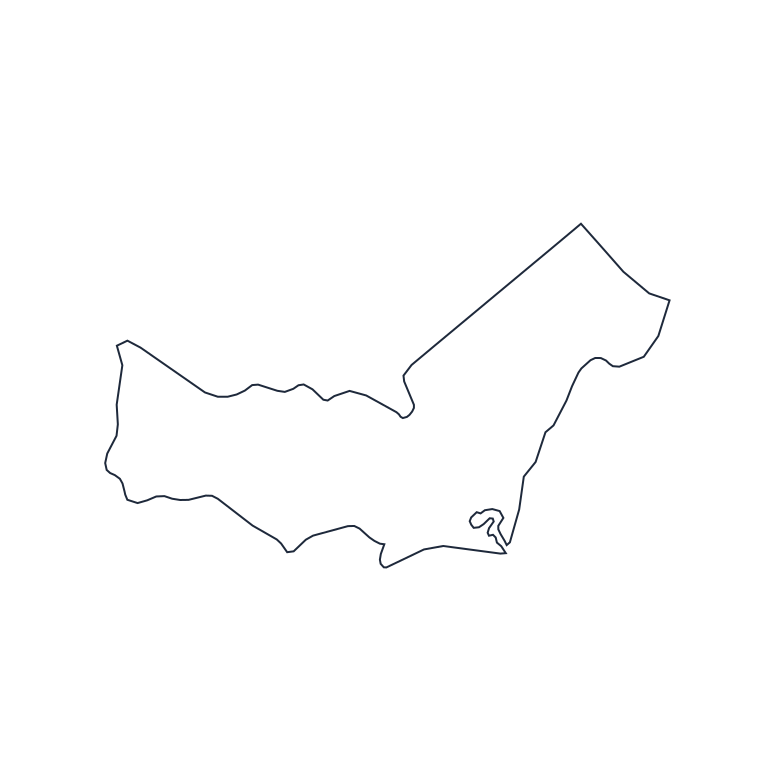 map outline of Cabinda (Mercator projection), rotated 228°
{"feature_id": "AGO-1885", "entity_name": "Cabinda", "entity_type": "Province", "adm_level": 1, "iso_a3": "AGO", "parent_name": "Angola", "parent_adm1": "", "projection": "mercator", "projection_center": [12.416, -5.077], "detail": "fine", "context": "isolated", "style": "outline", "palette": "slate", "viewbox_px": 768, "rotation_deg": 228, "n_neighbors": 0, "source": "natural_earth", "source_scale": "10m", "svg_char_len": 1810}
<svg xmlns="http://www.w3.org/2000/svg" viewBox="0 0 768 768"><g transform="rotate(228 384 384)"><path d="M477.8,119.3L485.0,123.1L490.3,124.3L496.4,123.0L501.1,120.9L505.7,120.4L511.8,123.9L517.5,131.8L524.5,150.6L532.1,159.2L547.5,171.5L573.0,202.1L591.2,211.1L587.9,222.3L574.0,227.4L497.5,245.3L485.7,252.0L479.2,259.2L474.8,267.5L472.2,276.2L471.4,285.3L467.8,290.0L450.3,300.2L444.5,305.0L441.1,313.4L440.3,319.6L437.4,324.0L427.9,327.3L412.9,328.4L409.4,331.1L408.3,339.0L401.9,353.8L387.4,363.1L354.7,374.4L351.5,374.8L348.6,374.4L346.1,375.2L344.2,379.0L344.0,382.3L344.7,386.5L346.2,390.2L348.5,392.3L372.4,400.7L377.2,404.1L379.7,417.2L378.6,447.2L377.3,480.6L375.5,527.3L373.6,576.0L372.6,601.4L371.3,637.6L342.7,637.4L307.2,637.0L273.9,641.7L255.1,652.2L236.1,620.0L230.4,595.3L239.4,570.5L244.1,566.0L248.4,565.0L252.9,564.7L258.2,562.5L262.0,558.4L263.5,553.4L263.5,541.1L262.4,536.2L256.5,522.2L249.6,508.5L239.8,482.3L240.1,471.7L224.6,444.5L221.6,425.9L200.3,400.5L182.1,371.6L182.2,367.4L186.8,368.7L194.4,370.2L199.5,371.7L202.1,374.0L204.6,383.1L212.2,384.9L218.6,380.8L222.7,374.5L223.2,369.2L226.7,367.1L226.5,359.5L224.7,355.9L221.1,354.7L217.1,354.4L214.0,358.7L213.2,364.3L213.5,372.7L211.2,374.8L208.4,373.5L206.6,365.6L204.1,361.5L201.0,360.5L199.0,364.1L195.2,364.3L190.6,361.8L185.0,362.6L176.8,361.3L180.1,357.0L224.0,319.6L234.3,303.0L246.1,263.0L247.9,261.2L252.6,261.2L256.2,263.4L259.8,267.9L264.7,277.0L268.1,274.1L273.8,271.9L279.7,270.5L292.9,269.1L298.4,266.9L302.5,262.1L318.8,229.8L320.6,221.7L320.1,204.9L323.8,199.5L334.3,200.8L340.2,200.3L366.7,191.6L409.9,183.7L416.0,181.4L420.3,176.9L428.7,161.2L434.2,154.9L440.5,149.8L447.6,145.8L452.8,139.5L456.0,130.2L460.4,121.2L469.7,115.8L475.0,117.7L477.8,119.3Z" fill="none" stroke="#1e293b" stroke-width="2"/></g></svg>